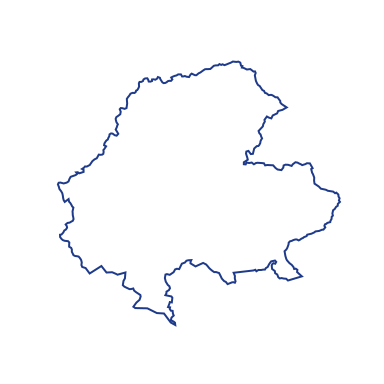 Santa Maria, Rio Grande do Sul, Brazil (Robinson projection), rotated 163°
{"feature_id": "56859067B70904349952345", "entity_name": "Santa Maria", "entity_type": "district", "adm_level": 2, "iso_a3": "BRA", "parent_name": "Brazil", "parent_adm1": "Rio Grande do Sul", "projection": "robinson", "projection_center": [-53.836, -29.777], "detail": "fine", "context": "isolated", "style": "outline", "palette": "blue", "viewbox_px": 384, "rotation_deg": 163, "n_neighbors": 0, "source": "geoboundaries", "source_scale": "gbopen_adm2", "svg_char_len": 5745}
<svg xmlns="http://www.w3.org/2000/svg" viewBox="0 0 384 384"><g transform="rotate(163 192 192)"><path d="M93.6,267.7L94.9,268.9L96.3,273.6L97.5,274.9L98.0,276.6L98.4,279.6L97.8,285.2L96.3,287.2L96.5,288.9L98.0,289.2L99.1,290.8L100.3,292.5L103.7,293.1L106.5,295.7L107.9,296.4L107.0,297.7L108.2,298.5L108.0,301.6L109.5,303.1L111.5,303.4L114.8,304.8L117.1,304.3L118.7,304.2L121.9,303.9L123.8,303.8L125.5,305.2L126.9,305.0L128.4,306.3L129.9,305.5L132.6,306.2L134.3,306.3L136.3,305.3L138.5,304.3L139.9,304.6L143.5,305.6L145.1,305.2L149.2,303.8L150.9,303.6L153.7,302.4L155.0,302.8L157.7,305.3L159.0,304.8L161.2,302.8L163.6,303.9L164.9,305.0L166.3,305.0L167.7,305.4L168.2,307.7L170.9,308.5L172.7,308.0L174.9,308.1L176.7,307.9L178.4,307.6L177.9,305.4L179.6,304.4L181.3,305.0L182.9,305.0L184.1,304.4L185.7,304.1L187.3,304.4L188.3,305.6L188.8,307.4L189.3,309.1L189.3,310.6L191.0,311.9L192.3,310.6L194.2,310.1L195.8,311.0L197.3,311.3L197.8,309.8L199.5,309.7L201.1,310.3L201.1,312.4L201.5,313.8L203.7,314.3L205.5,313.8L206.4,312.5L208.2,312.1L210.0,312.6L211.0,311.5L211.4,310.0L211.7,308.4L213.0,306.8L214.5,305.5L215.8,305.3L216.7,304.0L218.0,303.5L219.9,304.2L222.1,304.0L223.8,302.5L225.5,301.4L227.1,300.1L227.6,298.0L228.1,295.6L230.1,291.4L232.1,291.2L234.1,292.5L235.6,293.1L236.9,292.3L236.7,289.6L237.9,287.3L240.1,286.5L242.5,285.7L243.6,284.3L243.8,282.8L243.8,280.6L243.1,278.4L244.1,277.3L245.1,275.8L246.7,274.0L246.1,271.7L245.5,269.2L247.6,267.9L249.3,268.9L250.8,271.0L252.3,271.7L254.0,271.2L254.8,269.5L256.0,268.4L257.2,266.8L258.8,266.3L260.0,265.4L261.5,264.1L262.4,262.4L260.8,260.8L261.9,259.9L263.2,258.8L264.5,258.0L264.8,256.1L265.7,254.4L267.0,254.0L268.6,254.3L270.2,255.0L273.2,252.1L275.7,251.7L278.3,250.6L281.9,247.7L285.1,247.1L286.9,247.7L288.2,246.8L290.4,246.2L289.2,245.0L289.8,242.9L294.1,242.8L295.5,244.3L297.0,244.6L296.3,243.0L298.3,242.2L303.6,242.0L305.3,240.4L307.0,238.2L309.0,237.6L312.2,237.7L315.1,239.5L316.8,239.8L318.0,238.5L317.8,235.8L317.9,233.6L316.9,231.0L316.4,228.7L316.6,226.3L317.0,223.8L317.1,221.7L316.6,219.7L312.1,221.3L312.4,218.7L311.6,217.1L311.1,215.1L310.8,213.2L310.0,211.8L310.7,210.5L311.9,208.4L312.4,206.2L312.8,204.7L312.9,202.9L313.2,200.7L314.4,199.3L316.4,198.9L317.9,198.5L320.0,198.8L322.3,197.9L321.7,195.9L321.9,194.4L323.5,193.0L325.4,192.5L326.9,190.9L329.2,189.5L330.7,189.7L331.3,187.5L330.5,185.2L329.6,183.8L328.1,182.6L326.5,181.9L324.9,181.2L324.1,179.6L324.9,177.5L325.5,175.6L323.9,173.9L323.7,172.2L324.4,169.9L324.1,168.3L323.8,166.2L322.4,164.9L321.1,164.4L319.3,163.4L318.4,161.3L317.9,159.5L318.0,156.9L319.1,154.5L318.9,152.4L316.0,150.4L313.7,144.0L300.3,147.7L297.3,140.0L291.8,138.6L288.6,135.9L287.4,134.7L279.2,134.5L281.4,129.0L283.5,127.0L285.4,123.1L284.3,121.2L280.2,117.4L278.7,117.0L276.4,116.9L276.2,114.7L274.9,112.7L272.5,109.8L271.5,108.6L271.7,107.0L273.7,104.2L277.5,102.5L281.6,99.4L280.2,97.6L268.7,93.8L261.0,86.5L254.3,84.0L250.5,73.4L246.9,69.7L246.5,72.0L247.4,73.4L249.7,75.6L248.3,77.9L245.6,79.2L245.8,81.2L245.3,84.0L246.9,84.7L247.5,86.8L246.7,88.1L248.5,89.0L246.4,91.6L245.4,93.2L243.6,92.3L241.7,96.6L242.2,98.1L247.6,101.1L246.1,102.6L245.5,104.2L242.8,104.9L241.2,106.4L241.2,108.5L242.3,110.2L243.3,114.0L243.1,117.6L241.5,120.8L240.0,120.8L237.5,119.3L233.0,120.7L230.8,122.9L228.9,123.0L226.8,122.0L222.7,126.4L219.4,126.6L217.4,127.9L215.5,127.8L212.6,127.1L213.8,125.7L214.3,124.2L212.6,122.3L210.4,119.8L202.1,120.9L199.7,118.6L198.8,116.7L197.8,114.2L197.0,112.8L195.7,110.8L194.2,108.9L192.4,108.4L189.8,106.6L189.2,103.3L188.8,100.5L187.4,97.5L185.9,96.1L184.9,93.5L182.4,93.7L180.1,93.9L178.7,93.6L177.5,92.7L176.5,93.8L176.3,97.0L175.5,99.2L175.8,102.6L157.8,99.3L156.0,99.0L154.2,99.1L153.6,97.4L151.2,98.0L148.8,97.2L146.8,97.0L144.9,96.5L143.7,97.6L141.5,98.2L139.6,100.2L137.9,101.6L136.6,102.5L134.2,102.3L132.7,102.2L131.9,100.5L133.4,99.1L134.9,100.1L136.4,99.5L137.3,98.3L137.9,95.0L135.9,92.2L136.2,90.0L134.6,88.2L134.4,85.3L133.4,83.7L131.5,83.5L129.8,82.5L127.3,81.5L126.1,79.3L111.6,79.2L114.9,84.7L114.0,86.8L115.3,88.4L116.8,88.5L116.9,90.6L117.9,93.1L119.6,95.5L120.4,97.3L121.1,98.8L121.4,100.4L121.4,103.5L120.8,108.3L118.5,109.5L117.3,110.6L115.1,113.5L114.3,115.3L112.7,116.2L110.9,116.1L109.2,116.4L107.2,116.4L105.7,116.0L104.1,114.5L102.7,114.8L101.0,115.4L99.6,115.5L98.0,116.1L95.3,116.3L94.3,117.5L89.9,117.2L86.9,117.6L85.5,118.2L81.8,117.6L78.7,117.9L77.3,117.6L74.9,119.2L75.3,120.9L74.3,122.2L72.8,122.3L71.6,122.9L68.6,122.8L67.9,124.1L66.5,125.3L65.6,127.5L64.2,128.2L64.0,130.5L63.1,132.0L62.4,133.3L60.5,134.0L58.5,135.7L56.7,136.2L56.0,138.0L53.4,139.3L54.0,140.9L52.7,142.9L53.2,144.7L52.8,146.8L54.2,149.2L55.5,149.0L56.9,151.1L61.8,153.5L63.3,155.0L67.8,157.5L69.1,160.1L72.4,164.2L71.9,167.3L70.9,170.0L71.1,173.5L71.5,175.4L71.3,179.1L69.7,179.5L70.9,184.9L73.7,185.9L75.5,185.5L78.8,185.5L79.8,186.7L81.2,187.9L82.4,189.2L84.4,190.2L87.6,189.0L89.1,187.8L92.1,189.9L94.6,190.8L96.6,190.6L97.6,188.6L100.1,186.8L103.6,188.5L105.1,190.5L106.6,193.8L112.1,195.8L114.3,196.1L114.8,198.4L116.4,199.1L120.8,200.8L122.4,201.0L124.7,200.4L126.3,202.7L128.9,203.0L131.2,204.2L132.6,202.7L134.3,203.4L133.7,205.3L131.7,205.8L129.2,206.6L129.1,208.3L129.1,213.0L128.2,214.8L126.0,214.8L124.7,211.1L122.6,210.7L119.8,215.4L116.7,216.9L115.0,216.6L113.8,217.4L112.4,218.9L111.6,220.6L110.5,221.8L109.3,222.8L109.6,224.5L109.6,227.0L110.4,228.4L110.5,230.9L105.1,234.0L103.9,236.1L101.8,238.0L101.6,239.8L98.3,242.3L96.8,240.7L94.6,239.2L92.4,241.6L87.6,242.3L85.9,244.3L81.5,244.1L76.7,245.2L80.6,249.9L81.4,251.8L81.0,253.3L81.8,255.3L82.5,257.5L84.5,258.2L86.7,260.9L88.0,261.8L90.3,262.2L91.8,264.5L93.2,265.4L93.6,267.7Z" fill="none" stroke="#1e3a8a" stroke-width="2"/></g></svg>